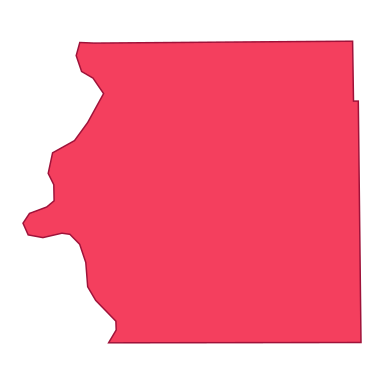 outline of Brule, South Dakota, United States of America
{"feature_id": "52423323B31901500276132", "entity_name": "Brule", "entity_type": "district", "adm_level": 2, "iso_a3": "USA", "parent_name": "United States of America", "parent_adm1": "South Dakota", "projection": "orthographic", "projection_center": [-99.284, 43.717], "detail": "fine", "context": "isolated", "style": "filled", "palette": "rose", "viewbox_px": 384, "rotation_deg": 0, "n_neighbors": 0, "source": "geoboundaries", "source_scale": "gbopen_adm2", "svg_char_len": 484}
<svg xmlns="http://www.w3.org/2000/svg" viewBox="0 0 384 384"><path d="M79.8,42.5L76.2,55.6L81.6,71.5L93.0,78.1L103.6,93.6L87.7,122.5L74.5,140.6L52.6,152.8L48.2,173.4L53.8,184.7L54.1,200.8L46.7,207.0L29.5,213.4L23.0,223.2L28.2,234.9L42.9,237.6L61.9,233.2L69.9,234.3L79.7,244.3L85.8,262.5L87.7,286.8L95.7,300.4L115.9,321.2L116.2,330.0L108.6,342.8L361.0,342.5L358.3,101.1L353.5,101.1L352.6,41.2L293.3,41.6L94.2,43.1L79.8,42.5Z" fill="#f43f5e" stroke="#9f1239" stroke-width="1.5"/></svg>